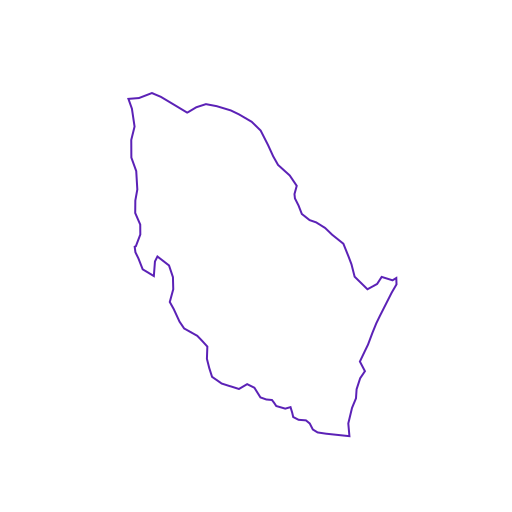 Voroklini, Larnaca, Cyprus, rotated 326°
{"feature_id": "46923920B52896679551870", "entity_name": "Voroklini", "entity_type": "district", "adm_level": 2, "iso_a3": "CYP", "parent_name": "Cyprus", "parent_adm1": "Larnaca", "projection": "natural_earth1", "projection_center": [33.657, 34.987], "detail": "fine", "context": "isolated", "style": "outline", "palette": "violet", "viewbox_px": 512, "rotation_deg": 326, "n_neighbors": 0, "source": "geoboundaries", "source_scale": "gbopen_adm2", "svg_char_len": 1415}
<svg xmlns="http://www.w3.org/2000/svg" viewBox="0 0 512 512"><g transform="rotate(326 256 256)"><path d="M160.6,180.5L158.1,185.5L157.2,192.1L154.6,203.7L160.1,215.5L169.2,204.0L174.0,201.3L178.6,215.2L175.3,227.1L168.8,237.3L158.8,245.9L158.1,254.1L155.9,267.6L155.9,275.9L162.7,289.4L164.0,297.0L165.0,303.9L157.8,313.8L154.6,322.7L152.0,331.6L156.2,342.5L161.4,349.1L162.2,350.0L167.5,356.7L177.0,357.3L181.0,364.3L180.6,375.7L184.3,380.7L188.7,384.3L188.9,387.5L188.9,391.7L194.9,398.9L200.1,400.6L198.4,406.1L196.8,410.3L199.7,415.6L205.5,420.2L206.9,424.9L206.1,431.6L208.4,436.7L214.6,442.4L231.5,456.6L232.7,457.6L238.9,446.4L250.7,435.6L259.3,429.9L264.9,422.7L274.0,415.6L281.9,412.4L283.1,401.6L293.1,395.7L299.3,392.1L309.7,384.7L318.2,379.0L325.1,375.0L348.1,362.2L356.6,358.1L360.0,352.7L355.6,352.5L348.5,343.6L340.8,346.9L329.8,345.9L326.2,328.3L330.5,316.3L332.3,308.7L335.3,294.7L331.0,280.9L329.0,271.5L324.7,261.8L320.5,256.2L317.5,246.8L319.5,237.9L320.5,230.0L322.5,226.2L329.0,220.6L329.0,208.1L325.2,192.8L326.0,182.9L328.0,170.9L330.0,154.6L327.5,142.4L321.0,128.9L316.5,121.2L307.2,109.8L299.4,102.1L289.7,99.3L280.4,98.8L279.1,98.6L272.9,85.3L266.1,70.8L260.8,62.7L247.3,59.6L238.1,54.4L235.5,64.5L227.7,80.8L217.5,90.0L207.7,104.7L204.2,118.6L194.8,134.5L187.0,142.5L179.9,152.8L177.6,165.2L172.1,173.5L161.9,180.7L160.6,180.5Z" fill="none" stroke="#5b21b6" stroke-width="2"/></g></svg>